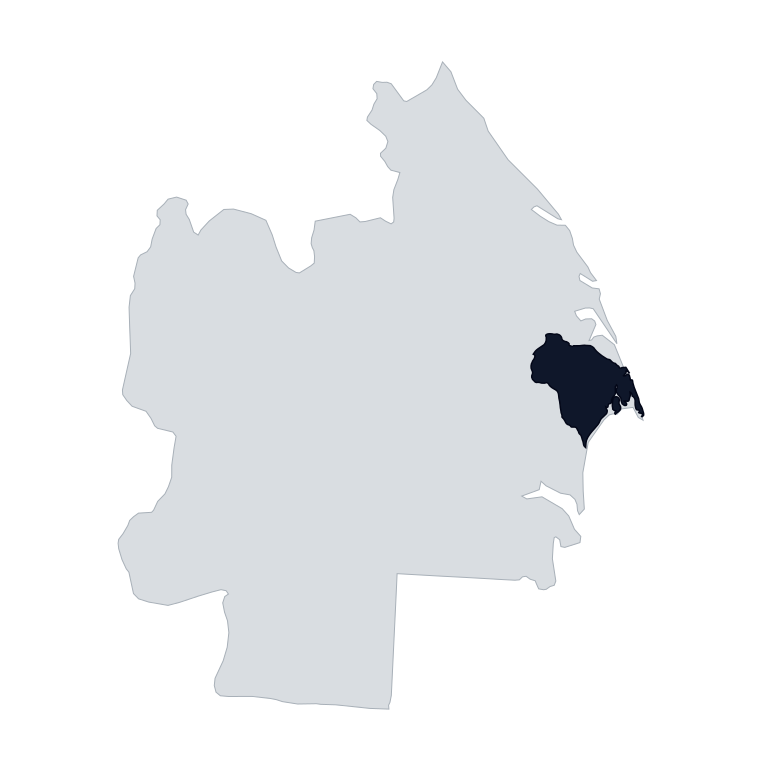 location of Bendjè, Ogooué-Maritime, Gabon, rotated 183°
{"feature_id": "22940354B80874584292882", "entity_name": "Bendjè", "entity_type": "district", "adm_level": 2, "iso_a3": "GAB", "parent_name": "Gabon", "parent_adm1": "Ogooué-Maritime", "projection": "natural_earth1", "projection_center": [9.224, -0.836], "detail": "fine", "context": "in_parent", "style": "filled", "palette": "ink", "viewbox_px": 768, "rotation_deg": 183, "n_neighbors": 0, "source": "geoboundaries", "source_scale": "gbopen_adm2", "svg_char_len": 7953}
<svg xmlns="http://www.w3.org/2000/svg" viewBox="0 0 768 768"><g transform="rotate(183 384 384)"><path d="M537.7,74.0L537.3,81.3L530.1,99.2L526.8,112.9L525.9,127.6L527.9,139.4L531.3,147.8L533.6,157.0L531.9,163.4L528.4,166.1L530.8,169.3L536.0,170.1L544.9,167.3L558.5,162.4L576.3,155.4L588.1,151.6L607.5,153.9L617.8,156.6L623.2,161.6L628.9,182.7L631.7,185.9L636.4,194.8L640.3,205.6L641.2,211.0L640.8,215.0L636.8,220.8L632.4,229.3L630.8,234.5L627.1,238.4L622.4,242.2L609.4,243.7L607.5,245.9L603.8,255.0L597.0,262.8L593.9,270.1L591.1,279.8L591.7,291.8L590.3,309.2L588.9,320.9L592.3,325.0L607.8,327.9L610.8,330.2L614.9,337.5L620.2,344.3L634.4,348.6L639.9,353.9L644.3,359.6L644.9,364.3L641.7,383.1L638.6,401.2L639.8,415.0L641.0,428.1L642.6,447.3L641.9,459.0L637.9,466.1L637.9,471.7L639.7,478.4L636.1,497.1L633.8,500.2L627.5,503.7L624.2,508.7L623.1,516.6L619.7,527.4L616.1,531.3L616.1,536.3L619.5,540.0L619.5,545.6L613.1,552.2L609.3,557.3L600.9,559.8L591.2,557.2L589.0,553.5L591.3,547.7L590.5,543.1L587.1,538.2L582.0,525.7L577.4,523.0L574.9,528.2L567.0,537.7L553.1,549.9L543.4,550.8L525.5,547.1L510.5,541.3L503.4,527.0L499.0,515.2L492.6,501.5L485.4,494.9L477.7,490.8L474.3,490.5L463.3,498.1L460.0,501.1L460.0,507.6L461.0,513.5L462.7,516.4L464.1,520.3L463.9,526.2L461.9,534.2L461.2,543.0L426.7,551.7L420.8,548.5L416.5,544.6L411.2,545.3L396.3,549.8L390.8,546.6L385.3,544.3L382.8,546.3L382.6,550.0L385.1,570.8L384.3,578.6L380.9,588.9L379.2,596.0L388.3,597.9L391.6,601.2L394.9,606.4L399.3,611.2L399.6,614.2L394.5,619.6L392.8,626.3L395.2,631.5L401.4,636.9L410.5,642.6L414.9,646.3L414.5,649.7L410.3,656.9L408.7,663.0L405.8,668.5L406.4,673.6L410.5,678.3L410.0,682.6L407.2,685.8L401.6,685.1L396.8,685.5L392.5,684.2L379.1,667.8L376.1,667.3L356.6,680.0L351.8,685.2L347.8,692.6L342.4,708.7L333.5,699.3L325.9,682.2L317.0,671.6L298.2,654.6L293.2,642.0L271.8,614.4L241.0,586.7L218.7,562.7L215.4,557.4L219.1,558.1L240.6,570.0L243.5,568.7L246.0,566.0L236.7,559.7L227.9,554.8L219.6,551.7L211.2,552.0L206.6,546.9L203.5,539.2L202.0,532.6L198.3,525.7L186.5,511.5L183.6,506.0L177.2,498.4L181.1,497.5L193.8,504.6L194.9,501.8L193.8,497.6L181.1,490.8L174.2,490.3L172.6,485.5L173.5,480.0L164.4,459.2L155.0,443.7L153.5,436.4L179.0,470.1L182.4,470.7L186.9,470.4L197.4,466.6L195.4,462.1L190.7,457.3L186.0,459.5L180.0,460.0L176.9,457.9L175.5,454.5L181.5,438.1L178.9,438.9L177.0,441.8L173.7,443.2L168.6,444.1L156.0,435.3L144.9,411.6L142.0,406.7L139.0,398.5L136.1,395.1L123.4,361.4L128.3,363.9L134.1,373.7L145.3,371.6L149.7,366.0L153.6,366.2L157.5,364.9L162.5,359.6L177.0,336.4L180.8,305.8L179.5,287.6L177.4,269.6L182.2,263.8L184.1,267.6L185.0,274.0L187.3,278.8L192.4,283.0L202.0,284.2L216.8,290.8L222.1,295.1L223.5,286.6L240.6,279.3L235.4,276.7L220.3,279.6L199.5,268.8L192.6,261.9L186.2,248.9L179.5,242.1L180.0,235.9L194.9,230.3L198.8,230.9L200.4,237.7L204.4,240.4L206.0,239.5L206.6,233.7L206.7,218.3L202.1,196.2L203.5,191.9L207.6,190.4L211.2,187.5L213.8,186.9L218.8,187.5L221.4,192.6L222.7,195.4L227.8,196.7L232.0,199.4L235.6,198.7L238.6,195.5L243.0,194.9L256.6,194.9L268.9,195.0L293.5,195.1L318.0,195.1L342.5,195.2L361.0,195.3L360.9,182.7L360.8,163.2L360.7,140.1L360.6,118.0L360.5,97.5L360.4,73.4L361.4,66.4L362.6,63.5L362.1,59.6L381.1,59.3L415.5,61.1L430.5,60.8L434.8,61.2L453.5,59.9L468.8,61.5L475.2,63.2L481.0,64.0L499.2,65.1L523.0,63.8L531.1,64.1L535.6,67.4L537.7,74.0Z" fill="#d9dde1" stroke="#a8b0b8" stroke-width="1"/><path d="M204.6,360.4L203.6,359.3L202.7,358.5L201.9,357.3L201.1,356.1L200.5,355.0L199.7,354.0L199.0,353.5L198.3,353.1L197.4,352.9L196.4,352.5L195.6,351.9L195.0,351.1L194.2,350.8L193.1,350.9L191.5,351.0L190.2,350.8L189.3,350.0L188.8,349.1L188.3,348.2L187.5,347.1L187.2,346.3L186.9,345.4L186.2,344.4L185.4,343.8L184.6,343.0L184.0,341.6L183.5,340.2L183.0,338.7L182.3,337.1L181.9,335.6L181.5,333.9L181.0,332.7L179.8,331.5L179.3,331.1L179.2,336.0L178.8,338.5L178.2,340.1L177.7,341.4L176.7,343.2L175.6,345.0L173.9,347.4L171.2,350.8L168.3,354.6L167.3,356.3L166.0,359.4L165.2,360.8L162.8,363.3L160.4,365.9L159.9,366.9L159.7,368.3L159.7,369.2L160.1,370.0L160.8,370.9L161.1,371.4L161.4,372.8L160.8,372.4L160.1,372.2L159.3,372.7L159.1,373.4L159.0,374.9L158.7,375.7L158.1,376.0L157.1,376.3L156.3,377.0L156.0,377.6L155.9,378.9L155.9,380.2L155.6,381.5L155.0,382.6L154.4,383.4L153.6,384.3L153.0,385.3L152.5,386.6L152.6,388.2L152.7,390.4L152.9,393.3L152.1,394.8L151.8,395.3L151.0,394.5L151.0,393.0L151.2,391.9L151.7,391.0L151.7,388.6L151.2,387.7L150.5,386.7L149.7,385.6L148.7,384.7L147.6,383.5L146.9,382.6L146.5,381.5L146.3,380.4L146.1,379.0L145.6,377.9L145.2,376.8L143.9,375.8L142.9,375.2L141.5,375.2L140.9,375.5L140.6,376.1L140.8,377.2L141.0,377.6L141.7,378.3L142.8,378.9L143.4,379.5L142.5,379.8L141.7,379.8L140.4,379.5L139.7,379.5L138.9,379.9L138.5,380.4L138.3,381.6L138.0,383.2L137.8,384.0L137.5,385.0L137.5,386.4L137.6,387.3L138.0,388.3L138.0,388.8L136.7,388.2L136.2,387.5L135.8,386.1L135.6,385.0L134.8,384.6L134.2,384.3L133.5,383.4L133.0,382.8L132.6,381.8L132.3,380.3L132.3,378.9L132.2,377.3L132.1,376.1L131.6,374.0L131.2,372.8L130.5,371.6L129.5,371.4L128.1,371.3L127.5,370.6L127.6,369.9L128.1,368.8L127.5,368.4L126.6,368.4L125.1,368.1L124.4,367.7L124.2,366.5L124.5,366.0L125.0,365.0L124.4,364.9L123.7,365.6L123.1,366.4L123.1,367.7L123.5,369.3L123.9,370.2L124.2,371.2L124.8,372.9L125.2,373.8L125.9,375.1L126.8,376.4L127.6,377.8L128.1,378.9L128.5,380.7L129.0,382.8L131.4,388.0L134.0,393.7L135.5,398.0L135.8,399.6L136.1,400.7L136.7,401.1L137.3,401.0L138.0,400.7L138.3,401.4L138.6,402.9L138.9,403.7L139.3,405.1L139.9,406.1L140.8,406.6L141.6,406.4L142.7,405.4L143.2,404.9L144.4,404.7L145.8,404.7L145.0,405.1L144.5,405.7L143.9,406.6L143.3,407.3L143.0,407.9L142.9,408.5L143.1,408.9L143.2,409.5L142.8,409.8L142.2,409.7L141.5,409.3L140.6,408.7L139.3,407.5L141.0,409.9L142.9,412.7L143.4,413.3L144.8,413.1L146.2,413.0L147.3,412.8L147.8,412.4L148.9,412.2L149.8,412.5L150.3,413.6L150.7,414.1L151.5,414.5L152.6,415.2L153.4,416.0L154.0,416.6L154.7,416.8L155.7,416.9L156.2,417.2L157.3,417.9L158.2,418.7L159.1,419.6L159.8,420.1L160.7,420.3L162.0,420.4L163.7,421.2L167.7,423.5L171.0,425.8L173.4,427.7L175.3,429.7L176.5,431.2L177.4,431.8L178.4,432.4L179.1,432.7L180.1,433.1L184.3,433.1L185.9,433.2L188.0,432.9L191.0,432.4L194.5,432.2L196.7,432.1L197.3,431.6L198.0,431.3L198.9,431.6L199.5,431.8L200.0,431.9L201.0,432.3L201.3,433.2L201.3,434.0L202.1,434.8L203.2,435.4L204.1,435.8L205.3,435.9L207.2,436.6L208.1,437.3L208.7,438.1L208.9,439.0L209.2,439.9L209.7,440.7L210.5,441.6L211.1,442.0L212.0,442.5L212.7,442.6L213.6,442.9L214.5,442.9L215.1,442.7L216.0,442.6L216.9,442.5L218.4,442.8L220.9,442.9L222.9,442.6L223.7,442.3L224.6,441.8L225.0,441.1L224.8,440.0L224.4,439.3L224.3,437.1L224.4,435.5L224.9,433.8L226.1,431.7L228.6,429.8L231.9,427.3L233.5,425.9L234.7,424.5L236.5,421.6L236.2,421.5L235.4,421.0L234.7,420.3L234.8,419.1L235.0,418.1L235.6,416.6L236.3,415.5L236.9,414.5L237.1,413.6L237.8,412.0L238.1,409.8L237.9,407.5L237.2,405.8L236.5,404.4L236.2,403.2L236.2,402.3L236.5,401.3L236.9,399.9L236.8,398.4L235.9,396.4L234.9,395.5L233.2,393.9L232.0,393.5L230.4,393.7L229.0,393.7L226.9,393.2L225.2,393.2L223.5,393.3L222.4,393.7L221.3,393.9L220.4,393.4L219.4,392.4L218.8,391.3L217.9,390.5L216.5,389.4L215.1,388.6L213.6,387.8L212.5,387.3L210.9,386.2L210.1,385.2L209.3,383.4L208.9,381.2L208.5,378.8L207.7,375.8L207.0,372.1L206.6,369.4L206.1,367.3L205.6,364.6L204.7,362.5L204.5,360.9L204.6,360.4ZM151.9,383.4L153.0,383.0L153.7,382.3L154.4,381.5L154.7,380.3L154.8,377.6L154.9,375.0L154.7,373.1L154.4,372.3L154.3,370.9L153.3,370.0L152.4,369.6L151.5,369.5L150.8,369.3L150.9,368.9L151.3,368.4L151.8,367.9L152.0,367.0L151.9,366.5L151.4,366.0L150.9,366.5L150.2,367.2L149.4,367.8L148.7,368.4L148.1,369.0L147.4,369.8L146.8,370.6L146.6,371.3L146.4,371.9L146.4,372.7L146.6,373.7L146.8,374.2L147.3,375.0L147.7,375.5L148.2,376.3L148.3,377.1L148.4,378.1L148.3,379.2L148.0,380.1L148.2,381.1L148.7,382.1L149.4,382.6L150.5,383.3L151.2,383.4L151.9,383.4Z" fill="#0f172a" stroke="#020617" stroke-width="1.5"/></g></svg>